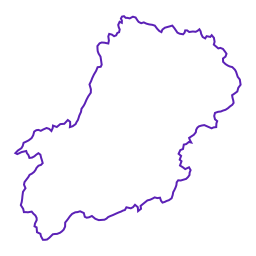 Bananal, São Paulo, Brazil (Robinson projection)
{"feature_id": "56859067B2046202210866", "entity_name": "Bananal", "entity_type": "district", "adm_level": 2, "iso_a3": "BRA", "parent_name": "Brazil", "parent_adm1": "São Paulo", "projection": "robinson", "projection_center": [-44.342, -22.736], "detail": "fine", "context": "isolated", "style": "outline", "palette": "violet", "viewbox_px": 256, "rotation_deg": 0, "n_neighbors": 0, "source": "geoboundaries", "source_scale": "gbopen_adm2", "svg_char_len": 3510}
<svg xmlns="http://www.w3.org/2000/svg" viewBox="0 0 256 256"><path d="M141.0,208.8L140.6,205.9L147.4,200.4L150.2,199.7L152.7,198.5L154.7,197.4L157.3,198.1L160.0,197.7L161.0,200.7L162.5,202.6L164.8,201.9L166.5,201.0L168.9,200.2L171.6,198.3L172.7,195.0L173.2,192.2L174.3,190.2L175.6,187.4L176.4,185.1L176.7,182.3L178.2,180.3L180.7,180.5L183.4,179.7L186.1,178.9L188.0,177.1L189.5,175.0L189.6,172.7L190.6,170.1L189.0,167.3L185.2,169.1L182.9,167.3L180.0,165.5L181.5,161.2L179.7,159.7L181.1,155.9L178.6,153.8L180.3,150.1L183.0,149.0L183.8,144.6L186.2,144.1L188.8,142.0L191.2,142.5L190.0,140.3L189.1,137.9L191.2,136.5L193.8,134.8L195.8,132.3L196.2,129.7L197.4,127.6L199.0,126.3L201.8,125.5L204.3,125.1L211.6,128.3L213.6,127.4L216.2,127.1L216.4,123.4L217.2,121.1L215.0,119.3L214.2,116.0L215.0,112.9L218.1,111.8L220.8,111.5L222.9,110.6L225.5,109.8L228.0,108.2L229.9,106.5L232.3,104.8L233.6,102.9L233.3,100.7L232.5,97.7L232.1,95.2L234.6,93.5L237.3,91.5L238.3,87.8L240.6,84.7L239.8,79.5L237.7,76.8L236.8,74.0L236.0,71.6L234.9,69.7L232.3,67.1L229.6,66.4L227.7,65.5L225.5,64.1L223.1,61.8L223.0,58.5L225.5,56.6L226.5,53.8L225.0,51.6L222.9,48.9L220.3,47.9L218.3,48.4L213.8,44.6L214.6,41.8L213.9,37.8L211.7,35.2L210.3,36.9L206.6,36.2L205.2,38.4L202.7,37.0L201.2,34.0L200.6,31.3L199.4,29.3L197.6,30.8L195.7,31.8L192.9,31.5L189.2,32.0L187.1,30.4L185.2,30.4L184.6,32.6L183.1,34.3L179.6,33.7L177.4,32.6L176.1,30.7L174.4,28.2L172.3,25.6L169.6,26.4L164.9,27.7L162.4,29.6L161.4,32.1L159.3,31.0L157.2,28.8L154.8,25.6L152.2,24.8L149.2,24.4L146.3,23.6L143.8,22.4L141.2,23.2L138.6,21.9L137.4,20.3L135.6,17.5L132.9,16.7L129.7,18.4L127.6,17.9L125.6,17.8L124.0,16.2L122.0,16.6L120.9,18.6L121.9,20.6L121.8,22.8L119.6,21.8L118.2,24.9L118.8,27.4L119.7,29.4L119.1,32.2L117.3,33.0L116.2,35.3L114.1,36.2L111.9,34.6L109.2,33.9L108.3,36.4L108.9,40.5L108.3,43.5L106.3,43.1L104.5,42.7L101.7,42.5L99.6,43.3L97.4,46.1L97.5,48.7L97.7,51.1L98.6,53.6L100.5,56.6L101.0,59.9L101.7,64.7L100.7,66.8L97.6,67.2L96.1,70.9L93.9,74.6L92.2,78.2L91.1,81.1L89.5,84.4L90.9,89.3L90.8,92.7L88.3,96.3L86.5,99.7L84.8,103.7L83.7,105.7L81.5,108.8L81.0,111.9L79.3,115.6L78.7,117.6L77.9,120.0L76.6,122.0L75.6,124.1L72.7,126.2L69.9,127.1L70.2,124.4L70.1,121.8L67.8,120.0L64.3,123.8L60.3,124.1L56.8,127.0L53.0,125.6L52.7,128.1L51.4,131.0L49.2,128.9L46.6,128.0L43.4,129.4L40.8,130.8L38.4,129.9L36.3,130.2L34.2,131.6L33.2,135.3L31.6,138.1L28.6,140.4L25.8,141.8L23.6,142.8L22.7,146.0L21.4,148.2L17.9,150.5L15.4,153.1L17.3,154.1L19.5,153.1L21.5,152.1L26.2,151.0L26.9,153.1L28.5,155.2L29.4,157.9L32.0,157.6L34.4,156.3L36.1,154.8L38.4,153.2L40.4,154.7L41.1,157.7L41.9,160.2L42.7,163.1L41.0,164.9L38.5,165.7L36.5,167.9L35.5,170.0L34.0,172.0L31.8,173.7L29.6,174.8L28.3,177.1L24.5,182.1L24.0,184.7L25.5,188.2L23.0,191.8L22.4,196.4L22.2,198.7L21.7,202.1L20.8,205.1L23.2,208.9L23.9,212.1L26.0,212.1L27.9,212.3L31.7,211.6L33.4,213.7L35.4,215.5L36.6,217.9L36.7,220.1L35.0,223.5L34.5,226.3L36.6,227.4L37.0,232.2L40.4,233.8L41.0,236.3L42.9,239.8L45.1,239.8L47.1,239.5L49.4,237.7L52.8,234.3L54.7,234.0L57.1,233.9L60.1,232.7L62.0,231.3L63.7,229.6L65.1,226.6L65.2,222.5L66.7,220.7L68.0,219.0L69.9,216.3L72.1,213.9L75.3,212.3L77.5,212.1L80.1,211.3L83.8,213.0L84.8,216.8L86.7,217.7L89.0,217.3L91.9,216.0L95.3,218.8L98.7,220.1L100.6,220.0L104.5,219.7L106.5,218.6L108.1,217.1L110.0,216.2L112.8,215.1L116.3,213.5L118.8,212.4L121.0,211.6L122.9,210.6L124.9,210.0L126.4,207.3L130.8,208.3L133.0,207.2L135.0,204.8L137.8,207.2L138.1,211.1L141.0,208.8Z" fill="none" stroke="#5b21b6" stroke-width="2"/></svg>